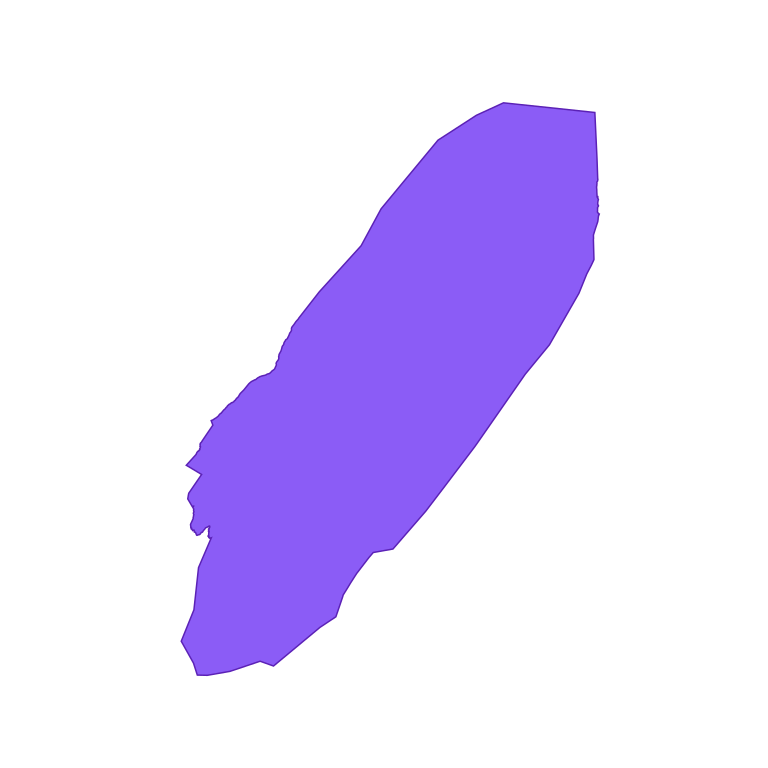 Lesja nor, Oppland, Norway (Equal Earth projection), rotated 129°
{"feature_id": "86288312B96709074525664", "entity_name": "Lesja nor", "entity_type": "district", "adm_level": 2, "iso_a3": "NOR", "parent_name": "Norway", "parent_adm1": "Oppland", "projection": "equal_earth", "projection_center": [8.709, 62.19], "detail": "fine", "context": "isolated", "style": "filled", "palette": "violet", "viewbox_px": 768, "rotation_deg": 129, "n_neighbors": 0, "source": "geoboundaries", "source_scale": "gbopen_adm2", "svg_char_len": 5554}
<svg xmlns="http://www.w3.org/2000/svg" viewBox="0 0 768 768"><g transform="rotate(129 384 384)"><path d="M353.1,492.3L386.4,491.7L387.9,491.5L388.6,491.6L391.0,491.7L394.7,491.4L397.2,491.4L398.0,491.3L398.9,491.0L399.6,490.5L400.4,489.7L400.8,489.6L401.5,489.5L402.0,489.3L403.1,489.3L403.8,489.3L404.6,489.0L405.7,488.6L407.3,488.2L408.4,488.0L409.4,487.7L410.3,487.8L411.6,488.2L412.8,487.9L414.3,487.8L415.2,487.5L416.3,486.9L417.1,486.8L418.5,486.8L419.5,486.5L420.2,486.1L422.5,485.1L423.5,484.8L426.9,484.2L427.5,483.9L428.1,483.5L429.2,483.0L429.6,482.5L430.1,482.0L430.9,481.6L431.7,481.4L432.7,481.3L433.7,481.3L434.7,481.2L435.8,480.9L436.5,480.1L436.8,479.7L437.3,479.5L439.3,479.0L440.7,478.6L441.3,478.5L442.1,478.6L443.2,478.9L444.0,479.2L445.8,479.3L447.9,479.6L449.8,481.0L450.3,481.2L450.8,481.3L451.2,481.5L451.6,481.7L452.4,482.2L452.7,482.5L454.4,483.8L454.9,484.2L455.6,484.5L456.2,485.0L457.8,485.6L458.4,485.9L460.1,486.3L461.0,486.4L461.5,486.6L462.3,487.2L463.4,487.6L464.2,488.0L465.6,488.6L467.0,488.9L468.8,489.2L469.7,489.2L474.0,489.2L474.9,489.2L476.7,489.2L477.8,489.3L481.5,489.7L482.2,489.7L482.6,489.7L484.9,489.3L486.2,489.2L486.7,489.3L487.1,489.4L487.7,489.5L488.9,489.5L489.4,489.5L489.9,489.4L490.5,489.4L490.9,489.6L491.4,489.7L492.1,489.6L492.5,489.6L492.9,489.9L493.4,490.0L493.8,490.1L494.0,490.2L494.2,490.5L494.4,490.7L495.1,490.9L496.0,491.0L496.4,491.1L496.7,491.3L497.0,491.5L497.4,491.6L499.0,491.8L499.6,491.9L500.1,491.8L500.7,491.7L501.6,491.9L502.1,491.9L502.9,491.8L503.6,491.9L505.2,492.2L507.3,492.2L508.0,492.2L509.3,492.2L509.7,492.5L510.2,492.6L511.8,492.7L513.3,492.6L513.8,492.7L515.6,493.1L516.3,493.3L517.3,493.7L518.3,494.0L519.6,494.4L520.0,494.6L520.8,495.1L521.2,495.3L523.7,491.1L542.6,489.5L543.8,489.3L544.2,489.3L544.6,489.3L544.8,489.3L545.0,489.4L545.8,489.4L546.0,489.2L546.8,488.9L546.9,488.6L547.0,488.4L547.4,488.2L547.7,488.1L547.9,488.0L548.2,487.9L548.3,487.8L548.2,487.2L548.4,487.0L549.3,486.7L549.9,486.6L550.0,486.5L550.1,486.4L550.3,486.3L550.8,486.3L550.9,486.1L550.9,485.9L551.6,485.8L552.7,485.9L552.7,486.1L552.9,486.2L553.0,486.2L553.8,486.3L554.9,486.3L555.3,486.2L555.6,486.1L555.9,486.0L556.2,486.0L556.4,485.9L556.7,485.7L571.6,486.5L569.1,468.8L591.8,467.0L593.5,466.1L596.8,464.2L599.8,456.2L599.6,456.1L599.7,455.7L598.8,455.1L599.1,454.9L599.7,455.2L600.0,455.5L600.9,453.2L601.1,453.0L601.5,452.9L602.5,452.1L602.6,451.9L602.6,451.7L602.8,451.4L603.4,451.1L603.9,451.1L604.1,451.0L604.6,450.7L604.8,450.4L605.0,450.1L605.0,449.8L605.3,449.5L606.0,449.3L606.3,449.1L606.7,448.8L607.7,448.4L607.9,448.3L608.0,448.1L608.3,447.8L608.5,447.7L610.6,447.1L612.9,446.5L613.9,446.3L614.7,446.0L615.0,445.9L615.3,445.7L615.8,445.0L616.1,444.7L616.4,444.5L616.4,444.4L616.5,444.3L616.7,444.1L616.8,444.0L617.2,443.8L617.3,443.7L617.4,443.4L617.2,443.1L617.1,442.9L617.3,442.7L617.8,442.7L618.0,442.5L618.0,442.4L617.8,442.0L617.7,441.8L618.1,440.9L618.3,440.7L618.3,440.2L618.2,440.1L617.4,440.1L617.2,439.9L617.1,439.7L617.8,438.6L618.4,438.2L618.1,437.4L618.0,437.2L618.0,436.9L618.2,436.6L618.8,435.7L619.0,435.1L619.3,434.7L619.4,434.4L619.3,434.1L618.0,433.3L617.7,433.1L617.5,432.9L617.3,432.7L616.9,432.5L616.3,432.4L614.5,432.5L614.3,432.5L614.0,432.4L613.7,432.0L613.5,431.9L613.4,431.9L612.7,431.9L611.8,432.1L611.5,432.1L610.1,432.0L609.6,432.0L609.2,432.0L608.6,432.1L608.0,432.1L606.5,431.3L604.6,430.6L604.4,430.4L605.0,430.2L605.0,429.6L604.8,429.4L605.2,429.2L605.8,429.2L606.1,429.1L606.3,429.1L606.8,429.1L607.0,429.1L606.9,428.8L607.0,428.8L607.3,428.6L607.4,428.4L607.5,428.3L607.6,428.2L607.8,428.1L608.0,428.1L608.8,427.9L608.9,427.7L608.7,427.5L608.7,427.2L608.9,426.9L609.5,426.8L609.6,426.7L610.3,426.3L610.9,425.8L611.1,425.6L611.8,425.3L612.5,425.2L612.9,425.0L613.1,424.8L613.0,424.6L612.9,424.5L612.5,424.4L612.4,424.3L612.5,424.2L613.1,423.9L613.4,423.8L613.6,423.5L613.6,423.4L613.1,422.8L613.1,422.7L613.5,422.5L613.5,422.4L613.5,422.0L613.3,421.9L612.3,421.4L643.4,412.6L679.1,389.6L711.5,379.7L720.8,356.4L727.7,345.9L721.6,338.0L704.3,322.9L677.4,305.8L672.7,292.4L613.4,280.6L595.2,274.9L582.1,279.7L575.1,282.3L574.3,282.7L573.8,282.9L573.2,283.0L571.6,283.2L566.0,283.9L559.4,284.8L548.5,286.0L528.3,286.5L521.7,286.3L506.6,273.2L456.7,271.5L425.4,272.4L375.8,274.0L371.1,274.3L287.5,280.4L249.5,280.1L190.8,289.6L170.8,295.7L161.3,297.6L156.0,298.9L155.1,299.2L139.8,312.3L139.1,312.7L136.4,315.0L130.4,317.4L123.4,320.0L121.5,321.1L119.6,322.4L119.3,322.5L118.7,322.9L118.5,323.1L118.1,323.2L117.0,323.4L116.6,323.6L116.9,323.9L116.5,324.2L116.4,324.5L116.3,325.0L116.4,325.5L116.3,326.0L115.9,326.3L115.8,326.6L114.9,327.1L114.6,327.4L113.7,328.1L113.1,328.5L112.9,328.9L112.3,329.1L110.9,329.3L110.6,329.6L110.2,329.8L110.2,330.1L110.3,330.4L110.3,330.5L110.1,330.7L109.9,330.8L109.8,331.1L109.5,331.3L109.2,331.5L108.4,332.1L107.5,332.6L107.4,332.7L107.2,332.8L106.7,333.1L106.0,333.3L105.9,333.3L105.8,333.5L105.5,333.8L105.4,333.9L105.4,334.1L105.3,334.5L104.9,335.0L104.6,335.2L104.6,335.3L104.4,335.5L104.2,335.4L103.9,335.7L104.2,335.9L104.6,335.9L104.5,336.1L100.9,339.4L99.0,341.0L97.8,342.2L97.5,342.5L97.3,342.6L96.9,342.8L96.8,343.0L96.7,343.1L96.4,343.3L95.9,343.5L95.5,343.7L95.3,344.0L95.2,344.0L94.4,344.5L94.2,344.7L93.8,345.0L93.5,345.4L93.3,345.5L92.8,345.7L92.0,345.7L91.5,345.9L91.3,346.0L91.2,346.1L91.0,346.3L90.5,346.5L90.2,346.7L90.1,347.0L74.8,360.3L40.3,391.0L90.3,468.1L117.0,481.3L160.5,495.5L249.7,496.5L290.9,488.8L353.1,492.3Z" fill="#8b5cf6" stroke="#5b21b6" stroke-width="1.5"/></g></svg>